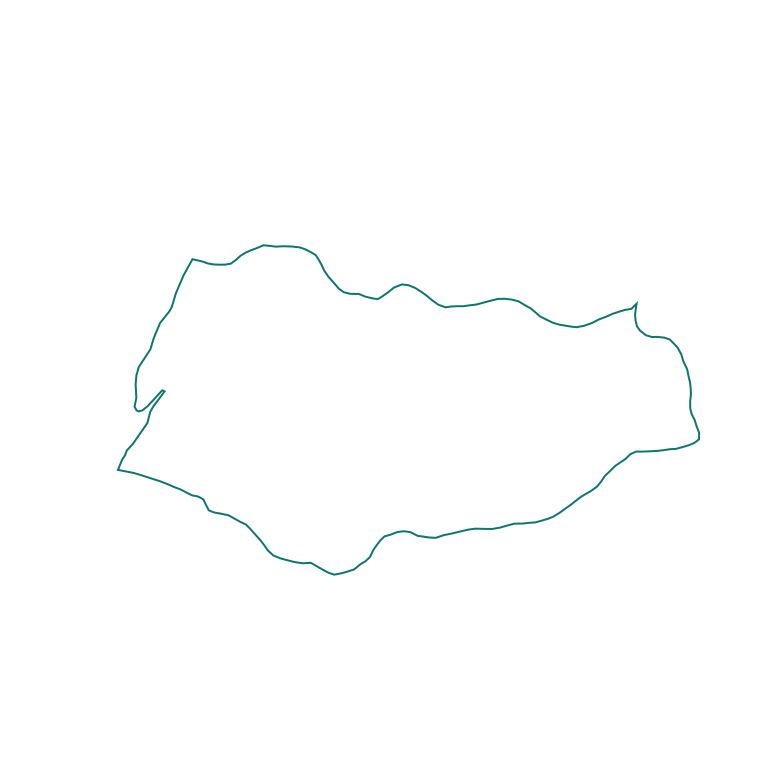 II-1 Moruka/Pomeroon, Pomeroon-Supenaam, Guyana (Mercator projection), rotated 241°
{"feature_id": "73187651B89852633315", "entity_name": "II-1 Moruka/Pomeroon", "entity_type": "district", "adm_level": 2, "iso_a3": "GUY", "parent_name": "Guyana", "parent_adm1": "Pomeroon-Supenaam", "projection": "mercator", "projection_center": [-58.911, 7.285], "detail": "fine", "context": "isolated", "style": "outline", "palette": "teal", "viewbox_px": 768, "rotation_deg": 241, "n_neighbors": 0, "source": "geoboundaries", "source_scale": "gbopen_adm2", "svg_char_len": 2782}
<svg xmlns="http://www.w3.org/2000/svg" viewBox="0 0 768 768"><g transform="rotate(241 384 384)"><path d="M586.0,277.0L576.1,261.2L565.9,248.1L564.2,245.9L554.1,235.6L551.5,231.3L545.9,217.7L535.7,204.8L527.6,196.5L519.4,180.9L517.6,177.6L511.3,171.4L503.9,166.5L492.0,160.7L485.0,154.8L480.8,154.8L479.0,156.1L478.1,159.9L479.2,166.5L486.0,187.0L483.9,188.5L476.2,171.4L473.1,166.2L464.6,158.1L453.3,135.2L450.5,126.7L447.5,123.4L444.9,118.4L437.8,109.6L435.4,112.6L430.9,118.0L427.2,122.3L421.5,127.9L414.6,134.3L408.5,140.1L402.2,145.5L395.7,150.4L391.2,154.3L379.6,162.2L375.7,166.9L370.6,170.1L364.9,169.7L358.5,169.5L354.1,173.0L350.3,177.7L344.5,184.4L333.5,191.2L327.8,195.2L322.1,196.8L307.5,200.1L301.1,201.1L294.9,201.7L287.6,204.1L281.8,208.8L275.5,215.3L271.0,220.2L266.4,226.4L263.1,233.3L251.3,240.4L245.9,243.9L241.4,248.0L239.2,254.7L237.8,260.3L236.3,268.1L237.8,276.0L237.9,281.7L239.5,287.9L244.0,294.2L246.6,299.5L249.0,305.1L250.5,310.5L249.0,316.9L248.0,324.1L245.5,330.2L241.5,335.4L234.9,339.8L231.4,344.5L228.0,348.9L224.4,354.6L222.7,363.5L220.3,370.9L218.5,377.5L216.0,386.3L213.6,392.9L210.6,398.2L207.6,403.3L204.7,408.5L202.2,415.7L200.4,423.4L198.6,430.4L194.8,437.4L192.4,443.2L189.6,449.3L188.2,454.9L186.6,462.2L185.9,467.7L186.2,475.0L187.1,482.2L187.8,488.5L189.7,500.4L190.0,506.0L190.1,513.2L191.0,520.6L193.4,526.6L196.5,532.6L198.1,538.8L200.3,546.8L201.4,559.0L203.2,565.4L202.6,571.9L199.6,577.2L196.6,583.2L193.3,590.0L190.7,596.1L188.3,602.6L185.8,607.6L184.3,613.6L182.6,621.2L182.0,627.0L182.9,632.8L188.7,636.0L195.4,636.9L201.5,638.2L208.8,638.5L214.4,640.1L220.1,643.2L226.3,647.5L231.5,650.1L236.9,652.4L243.7,654.3L249.9,656.3L258.6,656.8L266.0,658.4L273.6,658.4L278.8,657.1L284.2,655.6L288.5,651.8L292.5,646.2L295.2,641.1L299.7,636.7L306.3,633.9L311.6,633.2L317.4,634.7L322.9,637.2L328.0,640.9L331.8,643.9L329.8,636.9L332.0,630.5L333.3,624.6L334.5,618.5L335.2,610.3L336.3,603.1L336.5,595.5L338.0,586.8L340.4,579.8L344.0,574.8L347.6,570.3L351.0,566.0L355.8,561.3L367.3,553.3L373.2,551.2L378.6,549.2L384.4,545.6L391.0,541.8L395.8,536.8L400.1,530.8L403.2,524.8L405.3,517.1L407.0,510.2L408.8,503.1L411.2,497.3L413.5,491.2L416.9,485.1L419.3,480.1L421.3,474.9L427.1,469.9L434.4,466.5L441.1,463.9L446.8,461.2L453.2,457.6L458.4,453.5L462.4,447.9L463.5,439.6L462.3,432.5L461.5,425.3L461.2,419.8L464.5,415.4L469.4,410.1L474.9,405.7L479.1,398.4L483.7,393.4L489.3,390.7L496.7,389.2L504.5,387.4L511.8,386.7L518.2,387.2L524.2,387.1L529.8,386.8L534.8,383.9L539.6,380.7L544.1,376.8L548.7,370.4L553.1,363.1L556.5,356.1L560.4,350.7L563.8,345.8L564.6,338.0L565.5,332.2L566.0,326.3L565.7,320.5L564.4,315.1L563.5,308.3L565.6,302.5L568.5,297.3L571.4,292.6L574.9,288.3L579.4,284.3L586.0,277.0Z" fill="none" stroke="#0f766e" stroke-width="2"/></g></svg>